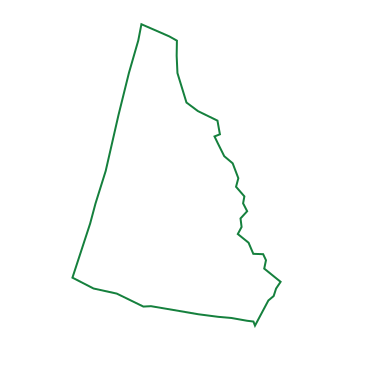 the district of Diffa, Diffa, Niger, rotated 296°
{"feature_id": "23599985B49279802347692", "entity_name": "Diffa", "entity_type": "district", "adm_level": 2, "iso_a3": "NER", "parent_name": "Niger", "parent_adm1": "Diffa", "projection": "robinson", "projection_center": [12.611, 13.482], "detail": "fine", "context": "isolated", "style": "outline", "palette": "green", "viewbox_px": 384, "rotation_deg": 296, "n_neighbors": 0, "source": "geoboundaries", "source_scale": "gbopen_adm2", "svg_char_len": 752}
<svg xmlns="http://www.w3.org/2000/svg" viewBox="0 0 384 384"><g transform="rotate(296 192 192)"><path d="M99.5,307.2L128.0,308.2L134.3,311.0L142.1,309.9L150.1,311.0L154.8,290.5L163.1,288.4L167.3,283.2L163.3,274.2L171.2,265.1L174.3,251.6L182.3,251.9L189.5,247.2L198.9,250.0L204.2,242.9L211.0,241.0L216.0,229.3L224.7,227.6L235.6,216.0L238.3,205.3L247.3,193.6L251.8,187.9L256.1,191.8L259.2,189.5L267.3,183.6L267.3,182.9L267.3,161.9L270.0,147.8L292.5,126.8L307.7,118.5L321.4,112.1L321.9,103.4L320.6,73.0L304.6,77.3L271.4,83.1L228.9,92.2L173.1,105.2L139.4,110.3L118.9,114.3L62.6,122.1L62.1,145.8L67.7,168.9L67.7,198.5L71.4,205.2L84.9,251.3L91.3,270.3L96.0,282.5L100.4,297.9L102.5,304.0L99.5,307.2Z" fill="none" stroke="#15803d" stroke-width="2"/></g></svg>